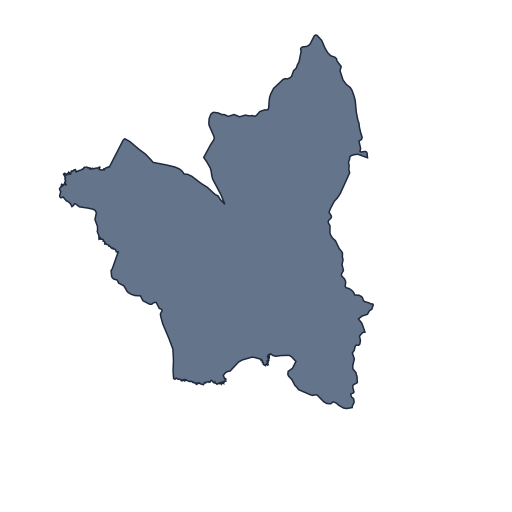 Nong Hin, Loei, Thailand (Natural Earth projection), rotated 156°
{"feature_id": "78962969B75467334486203", "entity_name": "Nong Hin", "entity_type": "district", "adm_level": 2, "iso_a3": "THA", "parent_name": "Thailand", "parent_adm1": "Loei", "projection": "natural_earth1", "projection_center": [101.862, 17.087], "detail": "fine", "context": "isolated", "style": "filled", "palette": "slate", "viewbox_px": 512, "rotation_deg": 156, "n_neighbors": 0, "source": "geoboundaries", "source_scale": "gbopen_adm2", "svg_char_len": 6146}
<svg xmlns="http://www.w3.org/2000/svg" viewBox="0 0 512 512"><g transform="rotate(156 256 256)"><path d="M381.1,177.7L380.5,176.6L379.8,176.4L378.6,176.9L377.5,175.3L375.6,174.4L375.0,172.7L374.2,172.9L374.2,172.0L373.0,172.4L372.6,171.7L372.2,172.4L371.8,172.4L371.4,172.2L371.6,171.8L370.5,171.4L370.9,171.0L370.0,171.1L369.9,170.5L367.8,168.4L366.7,167.9L366.3,168.1L365.4,167.2L365.4,166.4L364.6,166.2L364.0,165.7L364.1,165.1L363.0,164.7L362.7,162.9L362.1,162.8L361.3,164.0L360.1,162.8L359.3,163.2L358.6,161.6L356.3,159.8L354.7,161.2L353.6,160.5L353.2,161.0L350.5,160.5L350.3,159.7L348.8,159.6L347.9,160.6L347.5,160.7L346.5,159.1L346.5,158.2L346.0,157.3L345.5,157.0L344.9,157.4L345.1,156.6L343.9,155.3L343.8,154.7L342.1,154.9L341.6,154.3L341.0,154.2L340.7,154.9L340.2,154.9L340.4,154.3L340.0,153.4L339.7,154.4L339.2,154.4L339.4,153.2L338.5,153.3L338.2,154.0L337.6,153.0L337.5,153.7L337.0,153.5L336.9,154.3L336.3,153.7L335.3,154.3L334.5,154.1L334.7,154.7L333.6,155.7L333.7,156.3L334.3,156.1L334.6,156.8L334.4,160.3L331.5,161.7L329.1,162.1L326.5,161.4L315.1,166.2L310.9,166.6L301.8,165.4L299.5,164.6L293.1,159.3L293.9,158.4L292.8,157.6L293.0,156.4L293.5,156.0L292.9,155.6L293.0,154.4L293.4,153.9L292.0,152.1L291.8,152.7L291.0,153.0L289.7,151.5L289.0,151.9L288.9,152.7L289.4,153.6L288.2,153.9L287.8,154.6L288.6,155.6L287.5,156.0L287.3,155.1L286.9,155.2L286.5,155.8L286.6,156.6L285.4,157.4L284.5,159.2L284.7,159.6L285.8,159.0L286.5,158.0L286.4,159.5L285.2,160.5L283.8,160.9L283.2,160.2L282.5,160.6L280.8,158.0L278.8,156.4L273.4,154.8L266.0,151.7L264.4,149.2L262.4,143.5L268.3,138.6L273.6,137.5L275.1,134.8L275.1,133.1L273.5,128.3L273.1,122.0L272.1,119.4L271.5,116.6L262.4,106.7L260.8,105.6L258.2,105.0L256.8,104.3L253.4,95.3L251.3,92.4L248.0,90.7L247.1,90.7L245.5,91.4L244.5,91.2L242.3,88.8L241.5,86.5L237.9,81.5L235.3,79.8L229.8,78.4L228.9,79.9L226.4,81.9L225.5,83.3L224.9,86.1L226.0,88.1L225.9,90.2L225.5,91.4L222.7,91.3L221.8,91.9L221.0,96.8L220.0,98.4L218.8,98.8L215.4,99.0L214.7,99.5L212.6,105.3L212.6,107.2L212.1,108.8L213.4,113.5L212.3,116.3L208.0,122.0L207.4,128.3L204.6,129.8L202.3,133.0L201.3,133.7L200.2,133.6L198.5,132.7L197.0,133.3L195.0,136.2L194.0,140.8L189.7,142.7L187.4,142.1L186.6,151.4L188.0,156.9L183.2,158.0L178.0,157.4L174.4,159.9L171.8,160.3L168.8,163.6L168.9,164.7L170.6,165.6L172.1,167.5L175.3,170.1L176.0,171.7L175.7,174.3L176.1,176.0L177.9,178.3L181.6,180.2L181.7,183.3L182.5,185.6L184.1,188.3L186.5,190.3L186.8,191.2L186.7,192.4L184.8,195.4L184.4,197.1L184.5,199.2L185.8,202.8L185.7,203.9L185.0,205.0L182.0,207.2L180.9,213.1L178.0,217.2L177.5,219.9L175.8,223.5L175.9,225.0L177.0,229.0L177.2,237.7L178.9,241.4L179.3,245.3L179.0,247.2L176.1,253.5L176.4,256.5L176.0,258.2L175.1,259.0L172.5,259.9L171.2,260.9L170.9,262.2L171.5,266.3L168.6,269.1L162.3,274.1L158.1,275.9L153.7,278.7L136.6,293.9L136.0,297.4L134.1,300.8L133.4,304.0L131.2,306.2L130.0,308.5L127.9,309.0L125.0,308.6L122.1,307.7L121.1,307.1L114.2,300.4L112.8,304.4L112.7,305.7L113.1,306.6L113.9,307.2L117.8,308.3L118.5,309.1L116.7,311.7L115.2,319.1L112.2,319.6L110.8,321.1L110.0,327.4L108.9,332.6L108.0,335.0L107.7,338.5L105.9,346.5L102.1,357.7L101.4,362.0L100.9,368.0L101.3,371.4L103.8,376.2L104.9,381.4L103.9,391.0L101.1,394.4L102.7,401.3L102.2,403.4L103.0,405.4L106.3,408.6L107.8,412.5L108.4,417.7L108.3,426.2L110.5,432.8L111.5,433.6L113.1,433.5L120.4,427.6L122.7,426.9L124.8,426.9L128.5,428.1L130.5,427.6L131.2,426.7L131.6,424.5L137.8,415.8L140.1,414.1L142.9,411.2L146.3,410.0L150.5,405.6L152.4,405.0L155.2,405.0L157.3,406.2L159.4,406.3L171.7,402.0L176.8,397.9L179.2,395.2L181.6,391.1L183.9,386.6L185.5,384.9L186.7,385.0L188.7,386.0L193.8,386.4L198.3,384.3L200.0,384.0L202.5,385.9L205.0,386.6L208.5,389.1L214.3,389.8L218.5,394.2L223.8,394.7L224.9,395.2L227.2,397.9L229.6,399.1L232.5,402.2L236.1,404.4L237.2,404.6L239.7,403.8L242.9,400.6L244.7,397.3L245.7,394.7L245.8,382.4L246.3,380.4L247.4,379.2L252.0,376.3L263.7,367.3L262.6,361.6L262.0,354.7L262.5,351.6L263.7,347.5L264.3,343.9L263.1,326.0L263.4,316.0L265.7,322.2L266.2,326.3L268.4,328.9L272.5,338.5L276.5,344.4L282.2,354.9L285.2,358.4L288.3,360.1L288.9,363.1L289.7,365.1L290.9,367.1L293.9,370.3L301.2,375.9L312.0,383.4L312.7,386.1L315.5,394.0L319.8,401.6L324.7,411.9L328.2,416.5L330.3,415.8L353.7,397.0L354.7,397.5L355.4,397.1L356.6,397.6L358.8,397.2L359.4,397.5L359.7,396.5L360.3,397.0L361.7,397.1L363.9,398.7L363.8,399.3L362.5,400.5L362.6,400.9L365.4,400.8L366.3,401.4L368.8,401.7L369.6,402.6L370.5,402.3L371.2,403.3L371.5,402.8L372.5,403.0L372.6,404.6L373.9,405.1L374.1,405.8L376.4,406.8L377.5,406.6L378.4,405.7L379.1,406.1L381.2,405.6L382.7,406.1L384.2,405.8L385.2,406.5L385.8,405.8L386.2,406.1L386.3,407.5L385.9,408.4L387.2,408.7L389.1,408.0L389.5,408.6L390.2,408.7L392.1,406.2L392.8,406.6L392.2,407.2L392.6,408.0L393.6,407.4L393.4,408.5L394.3,407.9L395.5,407.8L395.8,407.2L396.2,408.1L396.5,407.4L396.8,407.5L397.4,408.3L397.5,409.4L398.6,409.0L398.3,407.1L398.5,406.0L398.0,405.1L399.3,404.1L399.4,401.7L400.7,401.3L400.5,398.3L400.9,398.3L401.8,399.9L403.9,398.8L404.4,399.4L403.9,400.1L404.4,400.6L405.1,399.7L404.8,399.1L405.0,398.6L405.8,398.7L408.1,397.5L408.4,396.0L408.2,394.2L410.7,391.1L411.1,390.0L410.6,388.5L408.2,388.3L406.8,383.4L405.5,382.1L404.2,379.2L404.1,376.0L402.4,376.3L400.8,377.4L399.8,377.2L397.3,372.7L390.8,368.6L386.2,365.3L384.6,363.5L384.2,360.5L388.3,354.8L388.8,347.5L390.2,344.1L391.1,342.9L391.2,338.9L392.6,335.1L392.1,335.1L391.6,336.0L391.0,336.2L390.7,335.9L391.0,334.5L389.0,333.4L388.9,332.8L389.6,331.9L388.6,331.0L388.4,330.2L389.1,329.4L389.2,328.3L388.1,328.3L388.1,327.6L386.6,326.4L386.1,325.5L386.4,324.8L385.4,324.2L385.2,322.7L384.7,322.3L384.5,321.4L384.1,321.1L383.5,321.4L383.4,320.5L381.8,319.2L381.9,316.5L380.2,315.8L392.8,302.5L394.2,301.8L396.1,296.6L396.2,294.9L395.4,292.8L392.6,290.5L392.5,287.0L388.9,282.6L388.1,275.9L387.6,274.6L385.7,271.9L382.7,269.1L377.8,266.6L377.5,261.2L372.9,255.3L370.9,254.3L368.6,255.0L366.1,254.3L365.7,247.4L364.2,246.0L363.9,245.0L364.3,244.0L366.8,242.1L367.6,239.8L368.8,231.8L369.1,216.0L369.8,204.7L373.9,194.1L378.3,185.2L381.1,177.7Z" fill="#64748b" stroke="#1e293b" stroke-width="1.5"/></g></svg>